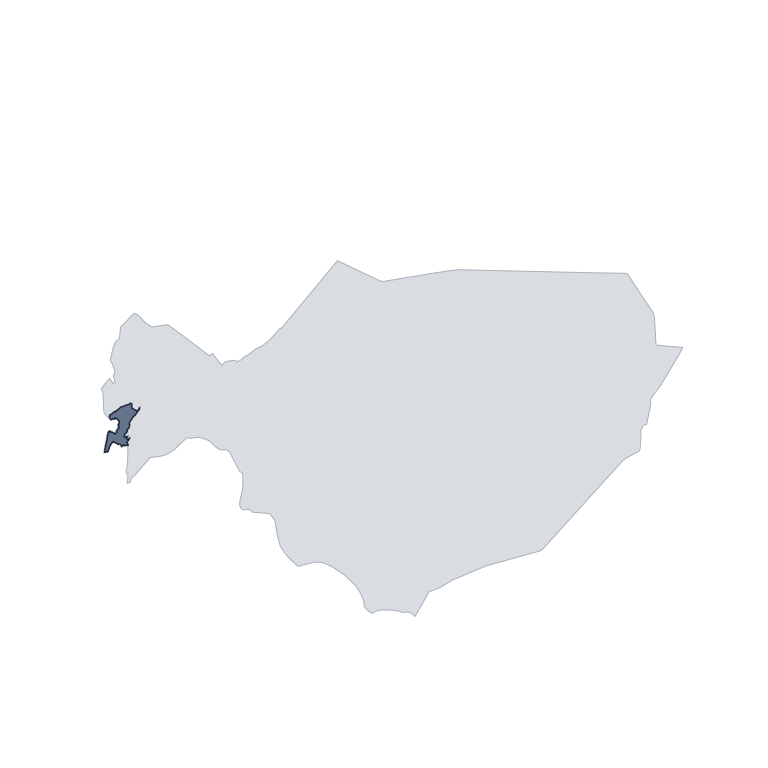 location of Say, Tillabéri, Niger, rotated 40°
{"feature_id": "23599985B83200163093073", "entity_name": "Say", "entity_type": "district", "adm_level": 2, "iso_a3": "NER", "parent_name": "Niger", "parent_adm1": "Tillabéri", "projection": "equal_earth", "projection_center": [2.303, 12.594], "detail": "fine", "context": "in_parent", "style": "filled", "palette": "slate", "viewbox_px": 768, "rotation_deg": 40, "n_neighbors": 0, "source": "geoboundaries", "source_scale": "gbopen_adm2", "svg_char_len": 4564}
<svg xmlns="http://www.w3.org/2000/svg" viewBox="0 0 768 768"><g transform="rotate(40 384 384)"><path d="M557.2,542.0L551.8,542.1L548.6,543.4L544.7,547.4L540.3,549.0L534.9,552.5L531.5,555.4L528.3,557.6L524.0,563.0L522.6,567.2L518.2,568.0L512.0,567.3L508.0,563.1L498.9,558.8L492.9,557.0L490.2,556.5L476.3,555.7L461.5,557.4L454.0,559.5L452.6,559.9L448.4,562.6L444.8,565.5L435.4,578.9L422.6,578.4L415.1,576.9L408.8,574.9L399.7,568.6L388.5,559.0L384.2,557.7L380.4,557.0L379.1,557.1L366.0,566.6L363.4,566.4L360.3,567.5L358.3,569.9L356.8,571.1L355.2,571.2L353.1,570.7L351.0,569.3L349.0,566.6L343.5,556.0L342.3,554.2L340.0,551.0L336.0,546.2L333.4,543.9L331.8,543.3L329.8,543.7L319.2,539.5L308.6,535.1L306.2,535.6L304.6,536.5L300.9,539.8L296.6,540.4L291.1,540.2L288.1,539.7L283.3,540.8L280.0,542.1L275.8,544.3L270.3,550.4L268.8,551.2L267.4,552.2L265.6,568.8L264.2,573.8L261.4,580.4L255.9,586.7L252.2,590.5L252.1,595.6L251.8,604.1L251.8,609.8L252.0,613.6L251.4,615.4L251.1,617.1L251.3,619.5L252.2,620.7L252.8,622.2L252.4,623.5L250.6,625.0L248.7,621.2L246.2,618.5L243.4,617.3L241.5,615.4L240.5,612.7L236.9,607.5L228.6,597.2L227.7,596.9L226.3,596.5L224.0,597.8L222.5,599.5L221.5,600.1L220.0,600.2L216.0,601.5L212.8,603.2L212.7,604.6L214.3,612.4L213.5,616.7L212.1,614.6L207.6,606.7L204.4,600.9L203.8,599.6L203.4,597.6L203.7,596.7L204.9,596.1L207.8,595.3L208.4,594.7L208.5,593.1L208.1,590.1L206.5,586.1L204.8,583.4L203.9,582.9L202.1,582.8L200.2,583.1L196.7,586.4L195.1,587.0L191.5,586.8L188.2,586.1L186.3,584.4L180.4,577.9L173.9,571.0L171.2,570.0L170.5,569.3L170.1,564.0L170.2,557.7L170.6,556.0L173.3,557.0L176.2,557.5L177.1,556.3L174.8,554.0L171.5,551.8L170.3,548.3L169.3,547.1L167.8,545.9L166.1,545.2L164.4,544.2L163.2,543.2L161.3,542.8L159.3,542.0L156.3,536.4L153.5,531.0L151.8,526.7L151.3,524.1L152.1,519.7L151.3,518.0L148.1,513.5L145.5,509.4L146.1,502.9L146.7,497.6L146.7,494.2L147.2,492.3L147.5,490.2L149.3,489.5L153.7,489.5L162.5,490.5L169.5,489.4L169.9,489.2L174.8,483.5L180.3,477.5L188.5,476.9L197.3,476.3L204.3,476.0L214.5,475.5L222.7,475.1L232.2,474.7L232.5,471.9L233.1,471.2L234.0,471.1L241.0,472.6L247.6,474.0L248.1,468.8L253.8,462.3L257.1,461.0L257.9,459.9L258.9,457.7L259.5,454.3L259.8,451.9L261.0,449.9L261.9,446.2L263.1,439.7L266.3,433.0L268.1,423.8L268.4,414.9L268.7,408.2L269.6,406.8L269.6,394.9L269.5,382.9L269.4,372.8L269.4,360.2L269.3,349.2L269.2,337.2L269.1,326.5L269.1,319.4L275.7,317.7L282.5,315.9L292.5,313.4L303.2,310.6L315.0,307.5L317.7,305.7L326.5,295.5L330.4,290.8L338.3,281.7L344.4,274.6L352.1,265.6L360.2,256.5L366.7,249.3L376.9,241.1L392.3,228.8L407.7,216.5L423.0,204.2L438.3,192.0L453.6,179.7L468.8,167.5L484.0,155.2L499.1,143.0L514.8,147.7L529.7,152.1L544.7,156.5L548.3,159.0L556.4,167.7L566.8,178.8L567.3,179.0L567.7,179.1L577.3,172.5L589.6,163.9L593.7,187.1L596.8,207.0L597.4,219.8L597.6,223.1L598.7,225.3L601.1,227.6L611.1,246.0L609.2,249.2L610.7,254.9L613.3,257.4L621.5,268.4L622.5,270.6L622.2,272.3L617.1,285.3L616.2,288.5L615.6,305.1L615.1,316.8L614.5,332.9L613.8,352.1L613.2,368.4L612.4,390.0L611.6,410.4L603.9,421.7L590.2,441.6L579.0,457.9L573.4,468.8L562.5,490.1L557.7,503.9L553.9,511.1L551.9,514.1L553.9,524.3L557.2,542.0Z" fill="#d9dde1" stroke="#a8b0b8" stroke-width="1"/><path d="M197.1,587.0L197.9,586.9L199.8,583.3L200.1,583.9L201.1,582.2L204.3,582.6L204.9,582.6L206.7,584.6L206.5,586.0L209.3,588.0L209.3,591.4L210.3,592.7L210.1,595.2L206.9,595.5L205.5,596.4L205.3,596.8L204.7,596.1L203.9,596.4L204.0,597.9L203.7,598.2L204.9,600.1L205.3,601.0L208.0,605.4L210.6,610.6L211.8,612.0L211.8,612.7L213.8,615.5L214.3,616.4L214.1,615.2L214.5,614.6L214.8,614.7L215.2,613.8L215.7,613.9L216.0,612.5L215.4,611.7L215.0,610.4L214.1,608.2L213.7,606.0L213.6,604.3L213.4,603.1L213.6,602.1L215.4,602.0L217.3,601.4L217.9,601.0L219.0,601.2L220.3,600.1L221.5,599.8L222.4,600.0L223.1,600.7L223.7,599.5L223.9,597.9L225.1,598.0L226.0,596.5L227.3,595.3L226.1,594.5L225.3,594.3L224.5,593.7L224.5,590.8L223.9,589.1L223.2,590.6L222.8,591.3L221.2,591.1L221.3,590.0L221.2,589.0L220.2,590.1L218.8,591.6L217.4,588.4L218.1,587.2L217.7,585.0L217.1,584.9L216.4,584.1L217.0,582.4L215.8,579.1L214.0,577.6L213.4,574.4L213.0,570.4L213.1,569.0L213.5,568.3L213.1,565.1L212.9,560.3L212.0,559.3L211.9,560.0L212.6,561.1L212.6,562.3L211.5,563.4L208.5,564.2L206.3,564.5L203.6,561.3L202.8,561.5L201.9,561.8L201.9,563.3L200.6,565.0L200.6,565.6L199.8,566.1L199.3,567.7L197.1,570.9L197.1,573.4L196.6,574.2L196.3,575.5L196.5,577.2L195.6,577.5L195.6,578.7L195.0,579.2L194.9,581.2L193.8,584.1L194.5,585.4L197.1,587.0Z" fill="#64748b" stroke="#1e293b" stroke-width="1.5"/></g></svg>